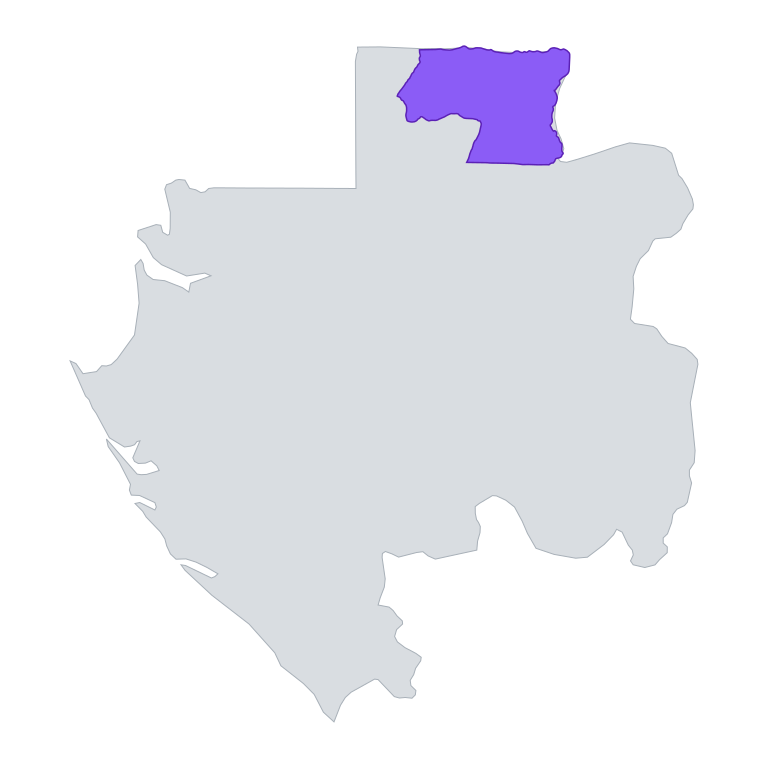 Haut-Ntem, Wouleu-Ntem, Gabon shown in context
{"feature_id": "22940354B67631152101375", "entity_name": "Haut-Ntem", "entity_type": "district", "adm_level": 2, "iso_a3": "GAB", "parent_name": "Gabon", "parent_adm1": "Wouleu-Ntem", "projection": "orthographic", "projection_center": [12.589, 1.764], "detail": "fine", "context": "in_parent", "style": "filled", "palette": "violet", "viewbox_px": 768, "rotation_deg": 0, "n_neighbors": 0, "source": "geoboundaries", "source_scale": "gbopen_adm2", "svg_char_len": 7593}
<svg xmlns="http://www.w3.org/2000/svg" viewBox="0 0 768 768"><path d="M568.8,62.2L568.3,69.8L559.7,88.4L555.6,102.7L554.6,118.0L557.0,130.3L561.1,139.0L563.8,148.6L561.8,155.3L557.6,158.1L560.5,161.5L566.7,162.3L577.4,159.3L593.8,154.2L615.3,146.9L629.5,142.9L652.8,145.4L665.3,148.2L671.7,153.3L678.6,175.3L682.0,178.6L687.6,187.9L692.4,199.1L693.4,204.8L692.9,208.9L688.1,214.9L682.8,223.8L680.9,229.2L676.4,233.2L670.8,237.2L655.2,238.8L652.8,241.1L648.4,250.6L640.2,258.7L636.4,266.3L633.1,276.4L633.8,288.9L632.1,307.0L630.4,319.2L634.6,323.5L653.2,326.5L656.8,328.9L661.8,336.4L668.1,343.5L685.2,348.0L691.8,353.4L697.2,359.4L697.9,364.3L694.0,383.9L690.3,402.7L691.7,417.0L693.1,430.7L695.1,450.6L694.2,462.7L689.4,470.1L689.4,475.9L691.6,483.0L687.3,502.3L684.5,505.6L676.9,509.2L672.9,514.4L671.6,522.6L667.5,533.8L663.2,537.9L663.2,543.1L667.3,546.9L667.2,552.7L659.6,559.6L655.0,564.9L644.8,567.5L633.2,564.8L630.5,560.9L633.3,554.9L632.3,550.1L628.3,545.1L622.1,532.1L616.6,529.3L613.6,534.7L604.1,544.5L587.4,557.2L575.7,558.2L554.1,554.4L536.0,548.3L527.5,533.5L522.2,521.2L514.5,507.0L505.8,500.2L496.5,495.9L492.4,495.6L479.2,503.5L475.2,506.6L475.3,513.3L476.5,519.5L478.5,522.5L480.3,526.5L480.0,532.7L477.6,541.0L476.8,550.1L435.3,559.1L428.1,555.9L422.9,551.7L416.6,552.5L398.6,557.1L392.0,553.9L385.4,551.5L382.4,553.5L382.1,557.4L385.2,578.9L384.3,587.1L380.2,597.8L378.1,605.0L389.1,607.1L393.1,610.5L397.0,615.9L402.3,620.9L402.6,624.0L396.6,629.6L394.6,636.5L397.4,641.9L404.9,647.6L415.9,653.4L421.2,657.3L420.7,660.8L415.6,668.3L413.7,674.6L410.2,680.3L410.9,685.6L415.9,690.5L415.3,694.9L412.0,698.2L405.2,697.5L399.4,698.0L394.3,696.6L378.1,679.6L374.6,679.1L351.1,692.2L345.3,697.5L340.5,705.2L334.0,721.9L323.4,712.2L314.2,694.4L303.4,683.5L280.9,665.8L274.8,652.8L249.0,624.0L211.9,595.3L185.1,570.4L181.0,564.8L185.5,565.5L211.4,578.0L214.9,576.6L217.9,573.8L206.7,567.3L196.0,562.1L186.0,558.9L176.0,559.2L170.4,553.9L166.7,545.9L164.9,539.0L160.4,531.9L146.2,517.1L142.7,511.3L135.0,503.5L139.7,502.5L154.9,510.0L156.3,507.0L154.9,502.6L139.6,495.5L131.3,495.1L129.4,490.1L130.5,484.3L119.5,462.8L108.2,446.6L106.4,439.0L137.1,474.1L141.2,474.7L146.6,474.4L159.2,470.5L156.8,465.8L151.1,460.8L145.5,463.1L138.3,463.5L134.5,461.4L132.8,457.8L140.0,440.8L136.9,441.6L134.6,444.7L130.7,446.1L124.5,447.0L109.4,437.8L96.1,413.2L92.5,408.1L89.0,399.6L85.5,396.0L70.1,360.9L76.0,363.6L83.0,373.7L96.5,371.6L101.8,365.7L106.4,366.0L111.2,364.6L117.1,359.1L134.5,335.0L139.1,303.2L137.6,284.3L135.1,265.5L140.8,259.5L143.1,263.5L144.2,270.1L146.9,275.1L153.1,279.5L164.7,280.7L182.5,287.7L188.8,292.1L190.5,283.3L211.0,275.8L204.8,273.1L186.6,276.0L161.6,264.7L153.3,257.6L145.6,244.0L137.6,236.9L138.1,230.5L156.1,224.6L160.8,225.3L162.7,232.3L167.6,235.2L169.4,234.3L170.2,228.3L170.3,212.2L164.8,189.2L166.5,184.7L171.4,183.1L175.8,180.1L178.9,179.5L184.9,180.1L188.0,185.5L189.6,188.4L195.8,189.8L200.8,192.6L205.1,191.8L208.7,188.5L214.0,187.8L230.3,187.9L245.2,188.0L274.7,188.1L304.2,188.2L333.8,188.4L356.0,188.5L355.9,175.3L355.8,155.0L355.7,131.0L355.6,108.0L355.5,86.7L355.4,61.5L356.6,54.3L358.0,51.3L357.5,47.1L380.4,46.9L421.7,48.7L439.8,48.5L444.9,48.8L467.5,47.6L485.8,49.2L493.6,50.9L500.6,51.8L522.5,52.9L551.1,51.5L560.8,51.9L566.2,55.4L568.8,62.2Z" fill="#d9dde1" stroke="#a8b0b8" stroke-width="1"/><path d="M397.2,96.1L397.5,96.4L398.2,96.6L399.2,97.0L399.9,97.4L400.5,98.1L400.8,98.8L401.0,99.2L401.6,100.1L402.3,100.3L403.4,101.0L404.0,102.1L404.5,103.1L405.2,104.1L405.8,104.8L406.3,106.2L406.6,107.8L406.6,109.4L406.6,110.9L406.4,112.3L406.1,113.5L405.9,114.8L405.9,115.9L406.3,117.8L406.7,119.2L407.0,120.4L407.4,120.9L408.5,121.4L409.4,121.6L411.1,122.0L412.4,122.0L414.6,121.7L416.1,121.0L417.1,120.2L417.8,119.2L419.3,118.4L419.9,117.9L420.3,117.2L420.7,116.8L421.2,116.7L422.4,116.9L423.3,117.6L424.7,118.5L425.7,119.4L427.0,120.1L427.9,120.5L428.6,120.8L429.6,120.8L430.7,120.4L432.6,120.3L435.6,120.4L437.7,119.9L438.9,119.2L440.4,118.6L442.4,117.7L444.4,116.9L446.4,115.7L447.7,115.0L449.0,114.4L450.7,113.7L451.7,113.6L452.6,113.7L453.7,113.7L454.7,113.7L456.6,113.6L457.9,113.8L458.7,114.4L459.5,115.4L461.2,116.4L462.8,117.4L464.1,118.1L466.1,118.4L468.3,118.5L470.9,118.6L473.0,118.7L474.1,119.0L475.5,119.3L477.2,119.7L477.7,120.4L478.4,120.8L479.3,120.9L480.0,121.0L480.7,122.2L481.3,123.8L481.0,125.8L480.4,128.3L479.9,130.7L479.5,132.4L478.6,134.8L477.2,137.6L476.1,139.7L475.0,140.7L474.3,141.9L473.9,142.7L473.3,144.4L473.0,145.8L472.5,147.4L472.1,148.9L471.2,150.3L470.6,151.9L469.8,154.0L469.2,156.4L468.5,158.6L466.7,162.4L472.7,162.5L480.1,162.6L486.9,162.7L490.1,163.0L498.3,163.1L513.9,163.5L518.4,164.0L522.7,164.6L528.6,164.5L537.8,164.8L546.9,164.7L549.0,164.8L549.9,164.0L551.2,163.2L553.3,162.9L554.0,162.0L554.6,161.3L555.0,160.4L555.3,159.5L555.8,158.7L556.6,158.4L557.7,158.1L558.8,158.0L560.1,157.5L560.8,157.1L561.5,156.4L561.9,155.4L562.2,154.6L563.1,153.8L563.1,153.0L562.7,152.5L562.0,151.4L561.8,150.3L561.8,148.2L562.0,146.4L562.0,144.4L561.5,143.2L560.6,142.6L560.0,141.7L559.5,140.6L559.0,139.1L558.6,137.8L558.1,137.2L557.2,136.7L556.4,135.9L556.6,134.7L556.7,133.4L556.5,132.5L556.0,131.6L555.1,130.9L554.4,130.7L553.7,131.1L553.2,130.9L552.8,130.4L552.4,129.8L551.9,129.0L551.4,127.9L550.9,126.9L550.3,125.9L550.2,125.3L550.4,124.6L551.0,124.1L551.6,123.1L552.1,122.2L552.3,121.3L552.3,120.4L552.2,119.2L552.0,118.5L551.8,117.5L551.8,116.5L551.8,115.5L551.9,114.4L552.1,113.3L552.5,112.0L552.8,111.4L553.1,110.8L553.2,110.3L553.3,109.6L553.3,108.7L553.1,107.8L552.7,107.1L553.0,106.4L554.3,105.7L555.1,104.8L555.9,103.4L556.5,101.6L556.9,100.3L557.2,98.4L557.2,96.9L556.8,95.9L556.4,94.4L555.8,93.1L555.1,91.8L554.4,91.0L554.3,90.4L555.2,90.1L555.7,89.5L556.7,88.1L558.1,86.2L559.0,85.3L559.5,84.5L559.9,83.5L559.9,82.8L559.6,81.8L559.5,81.0L559.5,80.5L560.0,79.9L561.1,78.9L562.2,77.8L563.6,76.8L565.2,75.9L566.3,75.0L567.8,73.6L568.8,71.6L569.1,70.0L569.3,65.7L569.6,59.4L569.7,57.2L569.7,54.5L569.4,53.3L569.0,52.7L568.2,51.9L567.0,50.7L565.3,49.7L564.2,49.2L563.5,49.0L562.3,49.4L561.4,49.7L560.7,49.8L559.4,49.4L558.6,49.0L557.5,48.5L555.8,48.1L554.2,47.8L552.3,48.0L550.6,48.6L549.4,49.7L548.3,51.0L546.7,51.8L544.4,52.3L542.8,52.6L541.3,52.4L540.0,51.8L538.6,51.3L537.6,51.0L536.8,51.0L535.2,51.6L533.8,51.7L532.5,51.7L531.3,51.4L530.1,51.0L529.3,50.8L528.6,51.1L528.2,51.5L527.5,51.9L526.7,52.3L525.7,52.2L524.9,51.7L524.0,51.7L523.6,52.1L522.8,52.5L521.1,52.4L520.2,52.1L519.0,51.5L517.9,51.0L516.5,51.0L515.6,51.2L514.9,51.5L514.0,52.1L512.9,52.9L511.8,53.4L510.6,53.5L509.2,53.6L507.3,53.4L504.4,53.1L502.1,52.8L499.7,52.5L497.9,52.2L496.2,52.0L494.8,51.7L493.4,51.2L492.2,50.3L491.3,49.7L490.6,49.6L490.0,49.9L489.1,50.1L487.8,50.0L486.6,49.8L485.0,49.3L483.1,48.7L481.1,48.0L479.5,47.9L477.0,47.8L475.6,47.9L474.4,48.3L473.2,48.7L471.7,48.9L469.8,49.0L468.5,48.6L467.6,47.9L466.7,47.2L465.7,46.5L464.5,46.1L463.0,46.2L462.0,46.8L460.3,47.6L458.5,48.2L456.9,48.5L454.0,49.3L452.2,49.8L449.7,50.1L445.9,49.9L442.9,49.6L440.9,49.1L439.0,49.2L435.6,49.5L425.0,49.7L419.8,49.8L419.5,49.8L419.6,52.5L420.0,54.1L420.3,55.2L420.3,56.4L419.6,57.4L419.3,58.2L419.4,59.7L419.6,60.7L420.1,61.5L420.1,62.2L419.5,63.2L418.8,63.9L418.1,64.5L417.4,65.9L416.8,67.0L415.5,68.2L414.8,69.2L414.1,70.8L413.5,72.3L412.2,73.3L411.4,74.6L410.9,75.9L410.1,77.2L409.7,78.3L408.9,79.0L408.1,79.7L407.7,80.5L407.2,81.5L406.3,82.5L405.5,83.3L405.1,84.3L404.3,85.5L402.9,87.4L401.8,88.9L399.7,91.4L398.9,92.8L398.2,93.6L397.6,95.0L397.2,96.1L397.2,96.1Z" fill="#8b5cf6" stroke="#5b21b6" stroke-width="1.5"/></svg>